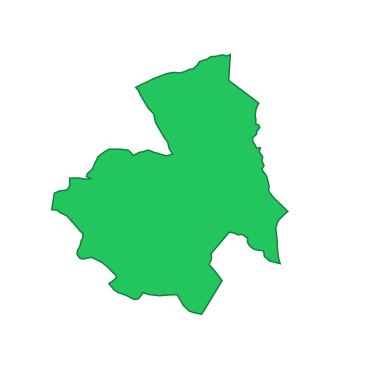 outline of Florânia, Rio Grande do Norte, Brazil, rotated 224°
{"feature_id": "56859067B70740339251141", "entity_name": "Florânia", "entity_type": "district", "adm_level": 2, "iso_a3": "BRA", "parent_name": "Brazil", "parent_adm1": "Rio Grande do Norte", "projection": "orthographic", "projection_center": [-36.81, -6.18], "detail": "fine", "context": "isolated", "style": "filled", "palette": "green", "viewbox_px": 384, "rotation_deg": 224, "n_neighbors": 0, "source": "geoboundaries", "source_scale": "gbopen_adm2", "svg_char_len": 2215}
<svg xmlns="http://www.w3.org/2000/svg" viewBox="0 0 384 384"><g transform="rotate(224 192 192)"><path d="M273.0,301.1L273.3,298.1L275.0,295.2L277.3,290.4L276.2,286.8L277.0,281.1L279.0,278.5L280.7,273.7L283.6,268.9L287.9,265.7L292.1,260.1L295.7,252.7L298.5,246.7L300.8,239.8L302.8,235.1L305.2,228.1L301.3,227.9L296.7,226.0L282.3,222.0L273.3,221.5L270.4,219.1L266.1,216.5L251.2,212.2L247.9,211.5L244.7,211.2L241.4,209.2L238.4,207.3L232.5,205.9L233.9,202.8L235.7,200.1L239.6,198.0L243.2,196.3L246.4,194.3L252.7,191.8L255.3,186.8L257.1,184.4L258.3,181.5L259.7,177.5L263.0,177.8L266.7,177.9L272.9,173.4L281.5,165.0L282.9,160.1L284.2,152.2L282.9,148.8L282.3,146.3L281.1,143.5L279.6,139.1L280.0,134.7L279.9,132.1L278.7,129.8L274.2,131.0L277.0,127.7L279.9,125.7L282.5,123.9L286.5,120.2L289.7,116.9L287.4,114.6L284.2,111.3L283.5,108.4L283.9,105.7L288.1,100.7L290.2,95.5L285.1,88.2L282.4,84.3L280.6,81.8L276.4,85.3L272.5,85.5L270.1,86.4L265.0,87.9L258.5,87.4L252.2,86.9L245.1,86.1L241.6,86.4L239.1,83.7L238.0,80.2L234.9,75.0L233.8,70.5L231.5,67.4L227.6,66.4L225.1,67.1L223.0,69.2L219.0,75.2L208.0,78.8L200.5,79.4L192.7,79.1L189.2,79.3L187.0,78.0L186.9,75.3L188.1,68.4L180.3,67.4L175.5,68.3L169.9,70.8L167.0,72.2L158.9,74.5L156.3,78.0L157.2,85.7L152.5,87.8L143.3,94.8L137.3,101.7L131.2,107.9L119.8,104.4L111.6,104.4L107.6,106.1L102.6,109.2L100.2,110.6L100.9,114.6L108.7,149.2L119.4,150.8L129.3,151.8L131.6,157.6L135.4,160.9L136.4,175.5L137.3,189.0L133.1,191.8L129.3,193.0L126.5,196.3L120.1,197.6L117.5,194.6L114.3,193.4L111.1,193.3L107.7,193.9L104.5,195.8L99.7,199.4L95.1,195.9L88.3,196.3L78.8,201.7L85.0,205.3L93.7,212.8L96.5,215.7L102.0,220.5L106.5,223.9L109.4,229.5L110.1,232.7L110.0,239.3L109.6,244.6L129.3,244.6L135.7,245.5L138.5,246.7L140.0,249.2L143.6,251.8L148.5,254.7L152.1,256.0L154.7,255.9L157.8,257.4L158.5,261.0L163.5,263.0L165.5,266.4L168.7,267.2L171.5,267.6L173.5,271.4L176.0,268.4L179.5,269.7L183.4,270.6L186.2,273.2L185.6,278.1L187.4,280.4L188.1,285.6L190.8,286.6L193.4,285.2L196.4,288.5L199.8,291.0L203.1,295.5L204.7,298.9L205.6,302.3L221.3,300.5L243.1,297.7L260.0,317.6L261.3,314.1L264.9,312.1L267.5,308.7L269.4,305.7L271.5,303.7L273.0,301.1Z" fill="#22c55e" stroke="#15803d" stroke-width="1.5"/></g></svg>